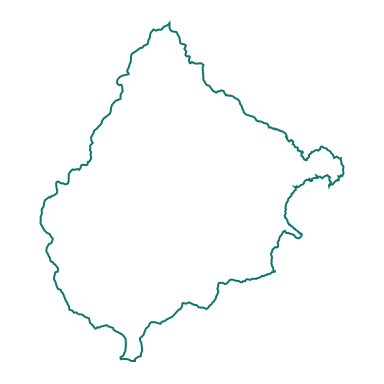 Roncesvalles, Tolima, Colombia
{"feature_id": "7082276B73571332128099", "entity_name": "Roncesvalles", "entity_type": "district", "adm_level": 2, "iso_a3": "COL", "parent_name": "Colombia", "parent_adm1": "Tolima", "projection": "natural_earth1", "projection_center": [-75.521, 4.104], "detail": "fine", "context": "isolated", "style": "outline", "palette": "teal", "viewbox_px": 384, "rotation_deg": 0, "n_neighbors": 0, "source": "geoboundaries", "source_scale": "gbopen_adm2", "svg_char_len": 5927}
<svg xmlns="http://www.w3.org/2000/svg" viewBox="0 0 384 384"><path d="M40.5,217.4L40.8,218.6L40.5,223.3L44.4,230.4L47.1,233.0L49.6,233.9L51.1,236.8L52.8,238.5L51.9,242.1L50.6,243.6L48.8,244.1L46.9,247.5L46.3,250.3L46.7,252.4L48.0,254.0L48.8,256.4L49.8,257.6L50.5,261.2L53.1,262.3L53.5,263.7L55.1,264.5L58.0,268.3L57.8,271.6L55.5,272.2L55.1,272.8L53.9,278.6L54.1,279.5L55.3,281.5L56.9,286.9L58.2,289.1L60.6,289.7L61.4,291.9L63.0,293.4L65.8,300.8L67.1,302.3L67.6,304.2L68.9,306.1L69.5,309.8L72.5,310.7L73.9,312.7L76.2,312.4L78.4,314.2L82.2,314.5L85.1,316.9L89.0,318.3L90.0,322.9L93.1,325.7L95.1,328.6L96.4,328.3L97.5,327.2L99.4,327.6L100.5,326.7L106.8,325.1L108.0,326.3L113.0,327.9L113.7,330.0L122.1,334.4L123.9,336.3L125.7,339.3L125.9,345.2L125.2,351.6L124.2,353.0L123.9,354.6L122.5,356.2L120.5,357.2L120.7,358.8L121.1,359.3L122.4,358.9L126.3,359.0L129.0,359.6L131.0,360.9L135.0,361.0L134.7,359.7L136.3,358.0L139.1,356.5L140.9,356.2L141.0,353.8L142.2,350.5L141.4,343.2L139.9,339.8L140.0,338.3L143.4,335.1L145.8,328.7L148.8,326.1L149.5,323.9L150.4,322.8L151.8,322.1L154.7,322.2L160.4,323.8L161.9,321.8L164.8,321.0L166.6,319.5L172.5,316.6L178.6,309.8L179.8,309.5L180.8,308.5L182.1,306.3L182.3,303.6L183.0,303.0L186.0,303.7L189.2,302.4L194.1,304.9L196.6,305.1L198.6,307.3L204.0,307.8L205.9,308.9L207.1,308.7L209.2,306.5L209.4,305.7L210.9,304.9L212.8,302.2L213.7,301.7L215.9,298.2L216.1,296.6L218.4,292.1L217.4,288.6L217.8,288.2L218.1,285.1L218.9,283.0L222.3,282.7L225.2,284.1L227.2,283.2L229.8,280.0L232.0,279.5L236.0,280.8L238.7,280.9L240.6,282.3L242.4,282.0L243.0,281.2L245.2,281.2L245.7,280.0L247.2,279.1L250.2,279.9L252.1,278.8L256.5,278.8L257.3,278.1L259.6,277.6L261.1,276.7L262.0,275.8L263.7,276.2L264.8,275.3L266.4,275.1L267.3,274.1L268.4,274.4L269.3,273.8L270.6,273.6L271.7,272.3L274.6,271.8L274.9,271.2L273.5,270.8L273.0,267.5L272.3,266.8L271.4,263.3L271.7,261.9L271.5,260.4L272.1,257.7L270.9,253.8L271.8,252.5L272.4,249.8L275.2,247.1L277.1,247.4L278.1,246.5L277.7,242.3L279.2,240.0L279.3,238.4L280.1,236.4L281.4,235.2L283.1,231.8L284.9,230.8L285.6,232.3L286.6,233.1L287.9,232.8L288.3,233.3L289.2,233.2L290.4,233.9L292.8,234.3L293.4,235.0L293.9,235.0L295.9,237.5L298.2,238.3L299.6,237.9L301.2,236.3L301.8,234.5L301.3,233.7L300.4,233.8L299.6,232.7L298.7,232.7L298.4,231.7L295.3,229.5L295.1,228.8L294.0,228.5L292.6,226.8L290.8,225.9L290.1,224.7L288.9,224.6L288.8,223.7L287.8,222.7L287.5,220.9L286.0,218.0L285.2,217.7L285.2,216.7L284.6,215.9L285.8,213.2L285.2,211.4L286.0,209.3L285.4,208.2L286.1,204.0L288.0,200.5L288.3,198.7L291.1,196.0L291.6,195.1L291.6,193.9L293.4,192.6L294.1,191.0L295.7,189.9L295.9,188.0L294.9,187.0L296.1,187.3L296.7,186.5L296.9,187.2L297.9,187.2L299.4,186.5L300.8,185.0L302.9,184.4L303.9,183.3L303.8,182.6L305.1,180.7L306.5,179.8L307.7,180.0L309.2,178.9L310.0,180.9L311.6,181.1L312.0,180.3L311.4,179.4L312.1,178.8L314.7,177.9L317.2,178.0L316.4,175.7L318.1,176.8L320.3,176.7L322.2,178.3L324.3,176.5L327.4,175.1L328.6,176.6L329.3,176.6L329.9,177.4L329.4,178.2L329.4,180.5L331.2,182.2L331.0,183.1L330.4,183.3L329.0,185.0L329.2,186.2L329.7,185.0L332.9,184.3L334.9,181.6L337.0,180.0L338.0,180.4L338.7,180.1L338.6,178.9L339.0,178.1L338.5,176.4L340.1,176.8L340.9,175.3L342.1,176.1L343.5,173.6L343.0,169.5L343.5,166.8L341.4,163.7L341.6,163.1L340.7,159.4L340.9,158.3L339.8,158.7L336.5,156.6L334.1,158.0L332.7,154.3L331.2,153.1L330.2,151.2L327.7,150.1L326.8,148.7L323.3,147.5L321.9,146.4L320.8,146.9L320.0,149.3L319.3,149.4L318.5,150.6L317.3,150.1L315.2,150.3L312.5,152.2L311.7,152.0L311.1,153.3L309.2,154.8L308.9,155.5L309.1,156.5L308.7,157.4L306.8,158.6L306.9,159.8L305.9,160.1L304.2,159.5L303.1,157.0L301.4,155.8L301.7,153.3L302.8,152.6L302.6,151.8L301.9,151.4L300.5,151.6L299.4,150.6L298.3,150.8L297.8,150.0L297.7,147.7L295.1,147.1L294.0,144.9L292.6,144.1L293.3,142.3L292.9,141.2L291.7,140.7L291.5,140.2L290.7,140.1L289.4,141.5L288.9,141.4L286.9,138.9L287.2,137.5L285.9,136.9L286.5,135.5L285.5,133.5L282.9,131.6L280.1,130.8L279.6,130.3L278.7,130.4L276.7,129.0L275.7,129.5L275.0,129.4L274.4,128.4L273.2,128.8L270.5,127.3L268.8,127.5L268.2,125.0L267.1,123.7L263.5,123.0L262.4,121.9L257.4,121.0L255.9,119.8L255.8,119.0L254.0,117.0L246.0,114.5L243.7,112.2L243.5,110.6L242.3,108.7L241.9,106.5L239.9,103.6L239.9,102.3L239.2,100.9L237.4,99.0L234.7,97.9L233.2,96.5L230.8,95.7L227.8,95.6L227.0,94.9L225.9,95.3L224.0,92.1L223.8,91.2L223.1,90.8L220.8,90.5L219.9,91.3L217.7,91.4L216.3,92.6L213.0,90.9L209.3,85.8L207.0,85.1L206.0,84.2L203.2,79.3L203.5,77.0L203.1,75.8L203.3,73.7L202.7,72.3L203.0,70.7L202.6,68.7L203.4,64.9L201.1,63.2L196.2,63.7L193.4,62.9L191.9,61.9L190.7,63.1L189.9,63.2L189.0,61.2L188.9,59.8L189.6,58.3L189.8,56.7L188.8,56.2L186.7,56.3L185.5,55.2L185.5,54.0L186.3,51.6L184.4,49.0L185.9,45.6L184.4,44.3L181.7,44.0L180.2,42.9L179.5,37.7L176.4,32.0L172.3,31.4L170.5,30.2L169.5,27.6L169.5,23.0L167.7,25.1L163.7,26.8L161.5,29.7L158.8,29.6L155.9,30.6L153.9,29.5L153.2,29.8L150.4,33.3L149.8,37.8L148.7,39.4L147.6,44.1L143.4,46.0L142.4,47.7L139.9,48.1L136.3,51.0L132.5,53.3L131.2,55.1L130.7,62.2L129.4,64.9L128.9,67.2L127.3,70.2L127.3,71.8L128.3,72.9L128.6,74.2L122.0,75.8L119.5,77.2L117.4,79.9L117.0,82.7L117.4,83.8L119.3,85.1L121.4,84.8L122.1,86.3L122.6,91.4L120.6,94.4L120.5,98.9L115.5,100.9L111.9,105.0L110.9,108.8L110.8,111.2L109.6,114.0L103.6,118.6L102.4,120.3L101.6,122.1L101.8,122.9L101.0,124.1L96.8,128.6L94.0,130.8L93.4,133.3L91.2,137.0L91.2,140.1L92.7,142.9L90.1,145.7L90.3,147.9L89.9,150.1L91.1,152.2L90.6,154.4L91.3,158.2L89.2,161.7L87.9,161.9L87.8,163.3L87.0,164.9L86.3,165.2L83.1,164.7L81.8,164.9L81.1,165.6L80.6,167.7L79.2,169.8L77.5,169.1L73.6,169.9L72.7,169.4L71.9,169.9L69.7,172.5L68.8,174.5L68.6,181.1L68.0,183.3L67.6,183.7L64.9,184.4L63.2,183.3L61.3,183.4L58.1,181.5L56.6,182.0L56.2,183.2L56.3,186.8L57.3,191.2L56.9,193.1L54.2,195.3L51.3,196.1L50.1,197.6L49.0,197.1L45.0,200.2L44.2,202.3L43.5,206.7L41.7,209.1L41.9,213.5L40.5,217.4Z" fill="none" stroke="#0f766e" stroke-width="2"/></svg>